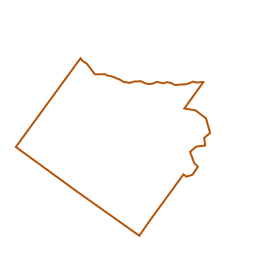 La Crosse, Wisconsin, United States of America (Mercator projection), rotated 126°
{"feature_id": "52423323B46619717381049", "entity_name": "La Crosse", "entity_type": "district", "adm_level": 2, "iso_a3": "USA", "parent_name": "United States of America", "parent_adm1": "Wisconsin", "projection": "mercator", "projection_center": [-91.275, 43.907], "detail": "fine", "context": "isolated", "style": "outline", "palette": "amber", "viewbox_px": 256, "rotation_deg": 126, "n_neighbors": 0, "source": "geoboundaries", "source_scale": "gbopen_adm2", "svg_char_len": 835}
<svg xmlns="http://www.w3.org/2000/svg" viewBox="0 0 256 256"><g transform="rotate(126 128 128)"><path d="M189.5,55.9L133.0,55.9L133.0,52.1L127.9,48.4L118.3,48.7L117.4,53.9L110.8,63.8L102.8,61.8L96.9,55.3L91.1,60.6L83.8,58.6L74.3,70.6L74.1,83.9L79.1,93.9L46.6,94.0L46.9,94.7L50.6,98.8L51.2,99.9L52.2,102.4L52.6,103.0L56.1,104.9L59.0,107.2L62.4,111.6L65.1,114.6L65.7,115.7L66.2,119.4L68.0,123.5L69.8,124.6L71.1,125.8L71.5,126.6L72.8,129.8L74.1,132.0L77.3,133.9L79.6,136.1L81.3,139.0L82.0,141.7L82.7,145.3L85.7,148.8L86.5,150.1L87.2,150.7L89.0,151.8L91.2,154.2L91.9,156.1L93.2,158.3L93.8,164.0L94.7,166.7L95.0,168.8L96.4,173.0L97.4,174.7L98.0,178.3L100.9,182.1L103.8,186.0L103.9,186.7L100.2,199.0L100.4,204.0L100.1,205.6L99.5,207.4L209.3,207.6L209.4,131.3L208.5,55.6L189.5,55.9Z" fill="none" stroke="#b45309" stroke-width="2"/></g></svg>